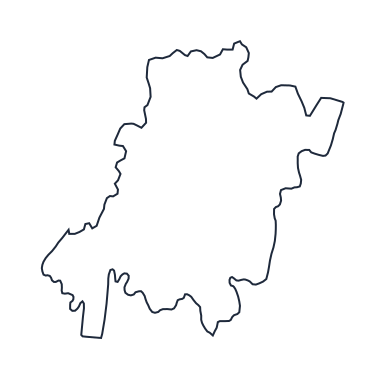 outline of Staryya Darohi, Minsk, Belarus, rotated 276°
{"feature_id": "67162791B98065545782790", "entity_name": "Staryya Darohi", "entity_type": "district", "adm_level": 2, "iso_a3": "BLR", "parent_name": "Belarus", "parent_adm1": "Minsk", "projection": "equal_earth", "projection_center": [28.161, 53.049], "detail": "fine", "context": "isolated", "style": "outline", "palette": "slate", "viewbox_px": 384, "rotation_deg": 276, "n_neighbors": 0, "source": "geoboundaries", "source_scale": "gbopen_adm2", "svg_char_len": 3683}
<svg xmlns="http://www.w3.org/2000/svg" viewBox="0 0 384 384"><g transform="rotate(276 192 192)"><path d="M331.3,163.9L331.6,162.0L328.0,158.3L324.9,155.6L321.9,148.7L321.8,141.8L318.8,135.4L311.5,134.5L301.1,135.0L295.1,137.7L290.8,139.5L282.3,140.9L273.8,138.6L271.3,135.9L268.3,135.9L259.8,138.6L256.1,139.1L250.6,135.0L252.4,130.4L253.7,126.8L253.7,124.5L252.4,117.6L247.6,114.0L241.5,112.1L234.8,109.9L231.1,109.9L230.5,114.9L230.5,118.5L225.7,122.2L218.4,121.3L215.9,117.6L213.5,114.4L208.6,113.5L205.0,117.2L202.5,119.0L195.9,117.2L192.2,114.4L186.7,118.1L182.5,118.1L179.4,114.0L179.4,110.8L177.0,108.0L170.3,106.2L166.0,106.2L156.9,102.6L148.4,100.7L145.4,96.6L150.2,93.0L149.0,89.3L143.5,88.4L140.5,84.3L138.1,79.8L137.5,74.3L141.5,73.2L138.0,71.0L132.8,67.8L127.7,64.3L123.6,62.2L118.6,59.0L114.5,55.7L111.0,53.4L107.1,51.6L103.9,50.8L100.6,50.6L97.4,51.5L94.3,53.0L93.6,55.3L94.1,56.9L93.7,59.3L92.0,60.8L89.5,62.0L88.1,64.1L88.3,65.9L90.0,68.5L90.0,70.2L86.7,72.1L83.2,72.6L80.3,72.7L77.8,73.6L77.6,76.2L78.4,79.4L77.0,84.0L75.3,85.1L72.9,85.2L71.2,84.5L69.4,82.6L67.1,82.6L63.0,83.0L61.3,85.4L61.7,88.1L64.0,90.2L66.3,91.5L69.8,92.6L71.8,94.5L69.8,96.1L65.1,96.7L56.8,96.6L38.3,96.8L37.0,98.3L37.0,101.3L37.0,102.2L37.3,116.8L41.4,117.5L56.0,118.4L72.0,118.7L82.2,118.5L91.4,118.3L97.2,117.8L101.3,117.9L105.9,119.0L106.8,121.1L105.7,122.7L101.6,124.0L97.8,124.7L95.1,125.3L94.8,127.4L97.7,128.8L100.7,129.8L102.7,131.4L104.0,133.2L104.0,135.8L102.1,137.8L99.2,138.0L95.7,136.8L93.8,135.8L90.2,134.8L87.4,135.2L84.8,136.3L83.1,139.2L82.8,142.0L84.0,144.8L86.4,146.3L87.7,149.6L88.0,151.7L86.6,153.5L83.6,155.8L80.6,157.0L77.5,158.5L74.8,160.3L71.4,162.2L68.5,165.0L68.0,167.8L69.2,171.0L71.1,172.6L72.5,175.4L73.0,180.0L73.0,183.9L74.4,186.3L77.8,188.0L80.2,188.4L82.9,189.1L83.9,190.8L84.7,193.5L85.9,194.9L87.5,195.3L89.5,195.8L89.8,197.8L89.0,200.0L87.7,202.2L84.7,204.8L81.8,207.7L80.2,210.1L78.4,212.1L74.7,212.7L70.0,214.1L65.9,214.5L63.0,215.6L60.4,217.2L57.6,219.3L54.9,221.8L53.9,224.4L51.5,227.7L56.0,229.2L59.5,230.7L62.0,231.0L65.3,231.3L66.5,233.2L66.9,237.4L67.6,242.3L68.8,243.9L71.9,245.1L73.9,246.7L75.4,249.9L77.4,251.6L83.8,251.6L88.3,250.4L92.9,248.8L97.4,246.7L100.2,245.1L102.1,243.5L102.7,242.7L103.1,240.5L105.6,238.9L108.5,238.5L110.7,239.1L111.6,240.7L110.7,242.4L108.7,245.4L108.7,247.6L109.7,250.1L110.5,252.6L110.5,254.2L109.9,256.7L109.1,258.8L106.6,261.9L106.6,265.2L108.1,268.3L110.3,272.0L113.2,275.0L120.0,276.0L125.6,276.4L131.9,276.7L138.9,277.5L145.3,278.8L151.9,279.5L159.1,279.5L164.0,279.2L168.1,278.8L172.2,278.2L174.5,277.0L178.4,275.9L183.7,275.4L185.8,277.0L186.8,279.1L188.8,280.7L192.7,281.5L195.8,280.9L199.3,279.7L203.2,280.3L205.5,284.7L205.7,290.5L207.3,293.4L207.7,295.9L208.8,298.6L211.8,299.3L215.5,299.3L219.6,297.7L222.5,296.4L227.0,294.9L231.8,294.1L234.8,293.8L238.3,293.4L241.6,294.1L244.1,296.8L245.7,300.0L246.1,304.2L243.9,306.4L243.0,309.9L242.2,314.1L241.6,318.5L242.2,321.0L244.5,322.9L249.4,324.3L252.9,325.3L259.4,326.5L265.2,327.2L268.7,328.3L275.0,329.5L278.7,330.0L285.1,331.7L295.6,333.3L296.7,333.4L297.3,332.3L299.7,319.8L299.1,310.6L291.7,306.9L280.1,301.3L280.1,297.6L287.4,294.9L293.5,291.6L300.9,287.0L307.6,283.8L308.2,278.3L307.5,269.5L305.1,264.4L300.2,260.7L299.6,256.1L296.5,250.6L291.6,246.4L293.4,243.7L295.9,238.2L300.1,236.3L306.2,231.3L311.7,228.5L318.4,227.1L323.9,229.0L328.2,233.6L331.8,234.0L336.1,234.0L341.6,230.8L344.0,226.2L347.0,223.9L344.0,218.4L337.9,217.5L337.3,212.4L337.2,207.8L331.7,205.5L327.5,198.6L327.5,193.1L330.5,189.9L332.9,186.2L333.5,181.7L331.7,176.2L326.8,173.4L327.4,170.7L331.0,165.2L331.3,163.9Z" fill="none" stroke="#1e293b" stroke-width="2"/></g></svg>